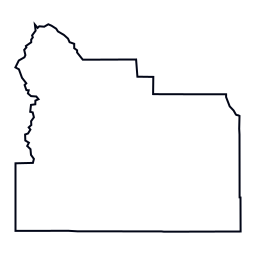 outline of Yakima, Washington, United States of America
{"feature_id": "52423323B32791313624567", "entity_name": "Yakima", "entity_type": "district", "adm_level": 2, "iso_a3": "USA", "parent_name": "United States of America", "parent_adm1": "Washington", "projection": "mercator", "projection_center": [-121.053, 46.564], "detail": "fine", "context": "isolated", "style": "outline", "palette": "ink", "viewbox_px": 256, "rotation_deg": 0, "n_neighbors": 0, "source": "geoboundaries", "source_scale": "gbopen_adm2", "svg_char_len": 1015}
<svg xmlns="http://www.w3.org/2000/svg" viewBox="0 0 256 256"><path d="M24.6,85.0L26.4,90.1L28.7,90.3L27.9,93.4L31.0,96.1L36.3,96.5L38.5,99.2L35.4,100.6L35.3,104.3L31.0,104.9L30.2,111.8L32.7,112.4L33.9,117.3L31.1,121.2L31.3,125.0L28.7,127.4L30.4,129.6L28.0,133.5L25.1,134.5L25.3,140.5L28.9,142.7L27.2,146.0L30.5,149.2L31.0,154.9L33.9,158.9L32.9,162.9L15.5,163.3L15.5,230.9L68.4,230.8L77.1,231.3L144.3,231.4L161.3,231.4L164.2,231.7L240.6,231.5L240.5,197.5L239.6,197.4L239.5,134.5L239.2,128.8L239.5,115.9L238.5,115.4L236.3,114.9L235.8,114.4L233.6,110.5L229.7,106.4L226.1,97.1L226.1,94.3L161.4,94.2L153.1,94.1L153.3,76.9L137.4,76.7L136.1,59.5L82.8,59.7L77.1,52.5L77.1,50.3L74.2,48.2L74.2,43.8L69.6,42.2L68.0,38.6L64.0,35.0L57.9,31.4L56.2,28.7L51.5,25.7L48.3,24.3L44.2,26.7L39.3,26.3L37.6,27.9L34.9,24.6L35.6,30.7L32.1,35.4L32.8,37.4L31.2,39.6L31.2,42.3L25.9,46.0L26.4,47.4L24.2,49.9L25.4,55.1L24.4,57.3L18.8,60.5L15.4,67.4L18.9,69.3L22.0,77.8L26.3,83.3L24.6,85.0Z" fill="none" stroke="#020617" stroke-width="2"/></svg>